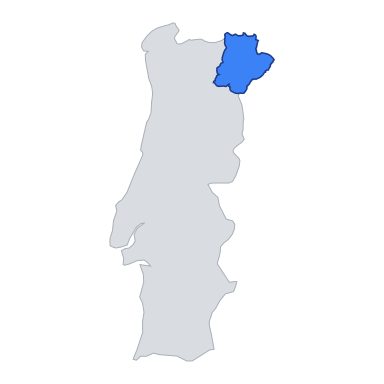 Bragança highlighted on a map of Portugal
{"feature_id": "PRT-750", "entity_name": "Bragança", "entity_type": "District", "adm_level": 1, "iso_a3": "PRT", "parent_name": "Portugal", "parent_adm1": "", "projection": "equal_earth", "projection_center": [-6.92, 41.518], "detail": "fine", "context": "in_parent", "style": "filled", "palette": "blue", "viewbox_px": 384, "rotation_deg": 0, "n_neighbors": 0, "source": "natural_earth", "source_scale": "10m", "svg_char_len": 4348}
<svg xmlns="http://www.w3.org/2000/svg" viewBox="0 0 384 384"><path d="M147.1,35.7L151.8,31.3L156.4,28.5L159.0,27.4L169.6,24.5L172.4,23.0L175.0,23.3L175.5,24.7L177.0,27.4L178.6,29.3L179.1,30.7L174.9,36.6L174.4,38.6L176.5,42.4L176.9,43.5L177.9,44.0L180.8,43.9L185.9,41.5L189.4,39.4L190.6,40.2L200.6,39.1L203.0,40.0L204.6,41.1L209.5,42.5L214.9,42.6L221.5,40.6L224.5,38.7L225.0,36.5L225.2,34.8L226.0,33.7L227.6,33.1L229.9,34.2L233.3,35.1L241.4,35.4L243.0,34.2L245.8,34.6L249.4,36.1L253.6,35.6L255.8,37.5L256.6,40.0L256.9,45.5L256.6,51.0L257.4,53.0L260.3,53.6L264.9,53.5L269.0,55.0L272.2,57.6L273.3,60.3L273.8,62.1L272.2,63.2L270.0,67.1L264.3,72.3L256.3,76.9L250.1,82.7L245.9,89.7L240.6,92.6L239.0,94.2L238.3,96.1L241.8,104.6L242.9,111.2L243.8,119.2L243.2,121.5L243.0,130.4L242.1,133.0L242.3,135.1L243.6,137.4L244.2,139.5L241.8,142.3L237.3,145.5L234.0,148.4L233.1,151.0L233.4,152.7L238.9,158.3L239.9,160.6L239.2,166.2L236.0,175.3L232.9,180.8L232.4,181.4L228.9,183.0L212.0,183.0L207.9,184.3L208.5,185.4L212.4,192.5L216.6,196.3L217.9,197.2L219.4,205.6L226.1,219.0L232.6,220.9L234.8,224.2L234.4,228.9L232.4,234.1L228.4,239.4L223.7,243.1L220.5,246.8L220.3,251.2L219.3,256.6L217.8,261.0L217.4,263.9L229.3,282.3L236.0,281.4L236.9,281.8L235.7,286.2L233.6,291.4L231.0,292.4L225.3,293.9L219.9,300.6L215.5,308.6L212.2,312.5L209.2,322.1L209.5,326.2L211.0,332.6L214.1,349.3L209.6,350.0L192.3,360.9L186.9,361.0L176.9,356.1L159.2,354.6L153.5,353.2L146.3,356.3L140.7,356.2L136.3,360.2L133.1,359.2L136.8,350.2L142.7,332.4L142.5,321.6L144.0,312.2L142.5,302.9L139.7,297.1L143.7,282.1L143.3,274.4L139.9,264.6L150.6,266.1L147.3,262.3L144.0,259.9L140.9,260.4L138.2,260.3L129.0,264.1L124.4,265.2L123.1,264.5L123.7,258.5L121.4,250.7L125.1,248.6L129.3,248.0L133.0,244.7L135.2,241.0L134.1,234.4L137.3,228.1L144.7,222.8L140.9,223.6L136.5,226.9L129.5,238.9L127.2,245.0L121.3,247.0L116.0,248.0L113.4,247.3L110.2,245.8L109.9,241.3L110.2,237.7L112.5,230.6L113.5,220.5L116.7,211.5L116.5,209.1L115.6,205.6L118.4,202.1L121.9,199.8L127.1,192.1L134.5,173.8L143.0,154.4L142.4,152.1L140.6,150.3L141.4,145.0L146.6,122.4L148.6,119.4L151.0,112.8L151.6,102.1L152.6,94.8L152.4,91.1L151.7,86.6L148.7,78.2L145.5,60.3L145.3,54.4L148.1,51.4L143.6,50.9L141.6,47.1L142.1,42.7L147.1,35.7Z" fill="#d9dde1" stroke="#a8b0b8" stroke-width="1"/><path d="M260.4,77.0L259.8,77.5L256.9,78.8L256.4,79.1L253.2,79.1L252.3,79.3L251.7,79.9L250.0,82.5L249.6,83.5L249.3,84.0L247.6,85.5L246.9,86.4L246.7,86.8L246.9,88.4L246.5,89.6L244.5,92.5L243.8,93.2L242.5,93.3L239.4,93.0L238.4,93.6L237.5,93.4L235.4,93.2L231.0,91.0L230.5,90.4L230.1,89.5L229.9,88.6L229.9,88.0L230.2,87.4L230.2,87.0L229.7,86.8L229.4,86.7L229.0,86.5L228.7,86.3L228.5,86.0L228.8,85.6L229.2,84.2L228.7,84.4L226.8,85.8L226.3,86.4L225.3,86.5L223.8,86.0L219.9,86.3L218.6,86.4L217.0,85.9L216.3,85.3L214.8,83.2L214.1,82.7L213.4,82.6L213.7,81.8L213.8,81.5L214.0,81.1L214.4,80.9L215.1,80.8L215.3,80.7L215.2,80.3L215.2,79.9L215.2,79.4L215.4,78.5L215.9,77.9L216.4,77.4L216.5,77.1L216.4,76.7L216.5,76.0L217.4,75.1L219.1,74.6L217.9,73.9L217.5,73.4L217.1,72.5L216.9,71.2L216.9,68.0L218.5,66.8L218.9,66.6L219.4,66.3L219.8,65.8L220.2,64.8L220.7,63.7L221.2,63.1L221.7,62.9L222.1,62.9L222.6,62.8L222.9,62.6L223.1,62.3L223.0,61.8L222.8,61.4L222.6,61.0L222.3,60.6L222.2,60.0L222.1,59.2L222.3,57.5L223.9,52.1L225.2,49.5L225.6,49.1L225.9,48.9L226.1,48.6L226.3,48.2L226.3,47.3L226.2,46.8L225.3,45.6L224.9,44.4L224.7,43.8L224.6,42.6L224.7,41.3L224.9,40.6L224.6,39.4L224.5,39.0L225.0,38.3L225.2,37.2L224.8,35.1L224.9,34.2L225.3,33.9L226.1,33.3L226.9,32.8L227.6,32.7L229.2,33.7L230.7,34.9L232.3,35.6L234.0,34.9L235.2,34.1L235.6,34.3L236.3,34.6L237.5,35.6L238.9,35.8L242.0,35.6L243.1,34.9L243.4,32.9L244.9,33.2L246.8,35.9L248.2,36.4L251.7,36.2L253.4,35.7L254.1,34.3L255.3,34.8L255.9,35.6L256.1,36.7L255.7,39.5L256.1,39.9L257.0,40.0L258.3,40.5L257.7,41.7L256.5,46.9L256.3,47.6L256.0,48.1L255.7,48.7L255.8,49.3L256.2,49.8L256.4,50.4L256.5,51.6L256.8,52.9L257.5,53.9L258.8,54.4L259.4,54.3L260.1,53.9L260.8,53.5L261.1,53.1L261.4,52.8L262.1,52.8L266.1,53.6L268.6,54.5L270.8,55.9L272.9,58.1L273.6,59.0L274.1,59.7L271.7,63.1L270.4,64.4L270.1,65.1L270.2,65.6L270.3,66.0L270.3,66.4L268.4,69.4L268.4,70.0L266.9,70.1L266.2,70.4L265.5,70.9L265.7,71.3L265.7,71.8L265.5,72.2L265.3,72.2L264.7,72.1L263.0,74.7L261.4,76.3L260.4,77.0Z" fill="#3b82f6" stroke="#1e3a8a" stroke-width="1.5"/></svg>